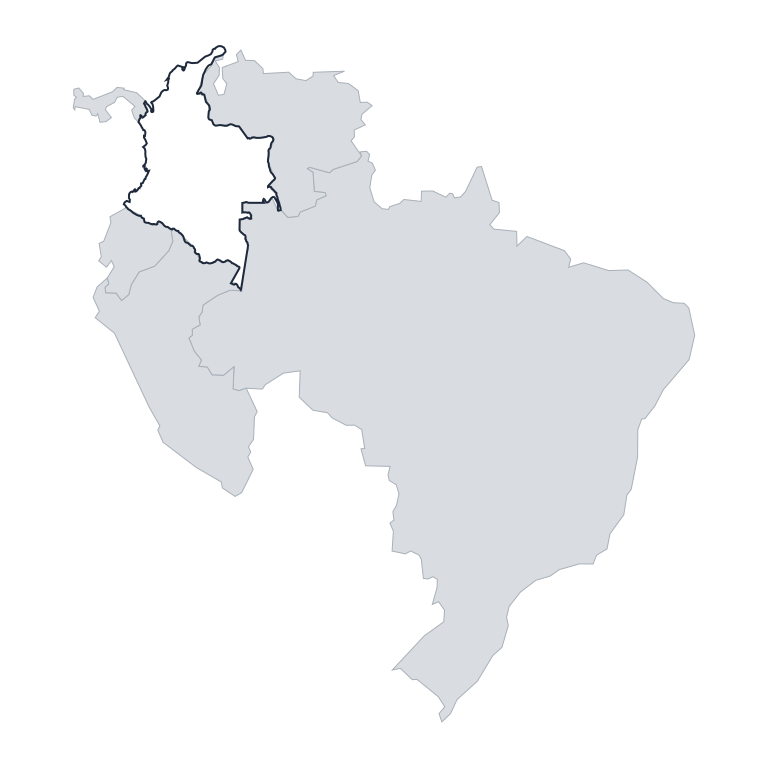 Colombia and the surrounding countries
{"feature_id": "COL", "entity_name": "Colombia", "entity_type": "country or territory", "adm_level": 0, "iso_a3": "COL", "parent_name": "South America", "parent_adm1": "", "projection": "robinson", "projection_center": [-72.763, 4.099], "detail": "fine", "context": "with_neighbors", "style": "outline", "palette": "slate", "viewbox_px": 768, "rotation_deg": 0, "n_neighbors": 5, "source": "natural_earth", "source_scale": "50m", "svg_char_len": 10749}
<svg xmlns="http://www.w3.org/2000/svg" viewBox="0 0 768 768"><path d="M441.9,721.9L439.0,713.6L444.8,706.7L438.3,696.7L416.9,679.3L412.3,679.7L400.4,668.4L392.3,670.0L424.3,635.8L443.8,621.8L444.5,610.1L438.6,601.7L432.3,604.5L437.1,587.4L437.3,579.3L432.9,576.7L428.1,579.0L423.4,578.4L421.3,559.4L419.0,555.0L410.6,551.0L405.4,553.9L392.1,551.1L393.4,531.2L389.9,523.1L393.9,520.1L392.9,511.7L396.5,505.3L399.0,493.8L396.2,484.7L389.3,480.6L388.0,474.8L390.1,466.4L365.6,465.8L361.0,448.8L364.7,448.5L361.7,429.5L354.3,425.1L346.3,425.3L332.4,418.1L327.4,412.7L313.0,410.3L299.2,397.2L300.2,370.8L283.3,373.2L265.3,384.7L262.4,389.1L246.2,388.2L239.0,390.7L233.1,389.0L234.0,366.8L223.5,375.4L212.1,375.0L207.3,367.2L198.7,366.4L201.4,360.1L194.3,351.2L188.9,338.0L192.3,335.3L192.3,329.2L200.1,324.9L198.8,317.0L202.1,311.9L203.0,305.1L217.8,295.2L230.1,290.2L241.7,290.8L247.9,244.4L245.8,236.0L240.1,230.7L240.2,220.0L247.4,217.6L250.0,219.2L250.5,213.5L242.9,212.0L242.7,202.9L267.9,203.2L272.2,198.2L278.3,211.4L280.7,209.6L287.8,217.4L297.9,216.4L300.4,211.9L315.3,206.1L316.8,199.9L326.0,195.8L325.3,192.7L314.3,191.4L313.0,172.4L307.2,168.6L309.7,167.3L329.5,172.8L333.2,169.4L356.9,161.6L361.6,156.0L359.9,151.9L366.6,151.3L369.6,154.6L368.0,161.0L372.4,163.3L375.4,170.1L371.8,175.2L369.8,187.7L374.1,201.8L382.1,208.7L388.4,209.4L389.8,206.6L399.7,203.4L403.9,199.5L421.2,201.4L421.5,191.2L432.8,191.0L445.8,197.2L449.8,193.2L452.7,193.8L454.5,197.9L460.7,196.9L465.6,191.3L477.1,167.2L481.5,166.5L492.1,200.2L499.0,202.6L499.4,212.7L489.8,224.7L493.8,229.1L516.6,231.4L517.0,246.1L526.9,236.5L564.5,250.7L570.7,259.2L568.6,267.3L583.6,262.8L608.7,270.6L628.0,270.0L646.9,282.1L663.3,298.5L673.2,302.7L684.2,303.3L688.8,307.9L694.7,335.4L689.1,359.6L663.5,389.5L654.8,406.0L644.9,418.7L641.7,419.0L637.8,429.7L637.6,457.1L631.2,489.3L626.9,495.1L623.8,514.7L610.0,533.8L607.0,548.9L596.5,555.2L593.1,564.0L579.4,563.9L559.3,569.6L550.1,576.1L535.8,580.3L520.5,592.0L509.1,606.5L506.6,617.4L508.3,625.5L501.9,647.4L492.8,655.5L477.4,681.2L457.0,699.6L450.5,713.6L441.9,721.9Z" fill="#d9dde1" stroke="#a8b0b8" stroke-width="1"/><path d="M241.7,290.8L230.1,290.2L217.8,295.2L203.0,305.1L202.1,311.9L198.8,317.0L200.1,324.9L192.3,329.2L192.3,335.3L188.9,338.0L194.3,351.2L201.4,360.1L198.7,366.4L207.3,367.2L212.1,375.0L223.5,375.4L234.0,366.8L233.1,389.0L239.0,390.7L246.2,388.2L257.2,411.7L254.5,416.7L253.5,439.4L248.5,446.7L250.7,452.1L247.8,457.0L253.2,469.3L241.7,492.6L235.1,496.4L222.4,488.0L221.3,482.0L196.0,467.3L163.1,442.3L157.8,430.2L159.9,426.0L149.0,406.8L114.5,333.2L95.2,317.7L99.4,311.2L93.1,297.3L97.1,287.0L107.4,277.8L108.9,283.9L105.2,287.3L105.6,292.7L116.1,293.1L121.6,300.5L128.8,294.5L131.3,284.6L139.2,271.9L154.7,266.1L168.7,250.8L172.8,241.3L171.0,230.2L174.4,228.8L193.1,246.4L200.7,261.7L210.3,263.6L217.4,259.7L222.1,262.2L229.9,261.0L239.7,267.8L231.4,282.7L235.3,283.1L241.7,290.8Z" fill="#d9dde1" stroke="#a8b0b8" stroke-width="1"/><path d="M145.6,101.1L144.0,103.3L147.0,111.9L144.5,116.2L140.4,115.2L138.7,122.3L134.4,118.1L131.7,110.2L134.9,106.3L122.9,96.4L117.2,97.3L114.6,102.4L106.6,106.6L105.3,109.6L111.4,117.6L106.0,121.6L100.0,122.3L97.8,113.6L96.1,116.1L91.9,115.2L89.3,109.4L75.2,106.7L74.8,109.9L73.3,107.7L74.6,99.1L76.5,97.4L73.9,95.2L73.8,89.3L78.8,88.0L83.4,93.3L83.1,96.4L89.5,95.8L93.0,99.4L112.7,91.7L117.1,87.4L124.2,88.2L123.7,89.7L136.6,92.7L145.6,101.1Z" fill="#d9dde1" stroke="#a8b0b8" stroke-width="1"/><path d="M351.1,140.8L361.6,156.0L356.9,161.6L333.2,169.4L329.5,172.8L309.7,167.3L307.2,168.6L313.0,172.4L314.3,191.4L325.3,192.7L326.0,195.8L316.8,199.9L315.3,206.1L300.4,211.9L297.9,216.4L287.8,217.4L280.7,209.6L276.8,195.0L268.6,186.7L275.2,179.4L268.4,162.1L269.4,151.6L274.6,138.8L270.0,136.3L248.2,138.7L239.1,126.2L231.6,124.3L215.0,125.7L212.0,120.6L208.8,119.4L208.8,105.0L204.3,95.1L197.7,94.1L202.9,75.1L211.6,65.5L214.8,58.2L223.1,55.7L222.7,59.2L215.2,60.9L219.4,67.5L219.2,75.2L213.5,83.7L218.4,95.3L224.0,94.3L226.8,83.7L222.8,78.6L222.2,67.5L238.2,61.6L236.4,54.7L240.9,50.1L245.5,60.3L254.5,60.6L262.9,68.7L263.4,73.6L288.7,72.2L296.1,78.8L305.9,80.6L313.1,76.0L313.2,72.3L344.5,71.2L333.7,75.5L338.1,82.4L348.4,83.5L358.2,90.7L360.3,102.5L367.1,102.1L372.1,105.6L362.0,114.2L360.9,119.5L365.3,124.9L354.2,130.0L354.5,136.8L351.1,140.8Z" fill="#d9dde1" stroke="#a8b0b8" stroke-width="1"/><path d="M171.0,230.2L172.8,241.3L168.7,250.8L154.7,266.1L139.2,271.9L131.3,284.6L128.8,294.5L121.6,300.5L116.1,293.1L105.6,292.7L105.2,287.3L108.9,283.9L107.4,277.8L114.2,266.8L111.4,260.5L106.5,267.2L98.7,260.8L101.3,256.7L99.1,243.4L103.7,241.2L110.9,222.7L110.0,216.7L126.0,207.8L141.3,215.9L144.4,222.2L155.4,224.2L159.1,221.9L171.0,230.2Z" fill="#d9dde1" stroke="#a8b0b8" stroke-width="1"/><path d="M223.2,54.5L220.4,55.7L215.0,57.3L214.3,58.3L211.3,64.2L208.8,65.4L207.8,66.3L205.6,69.5L205.0,71.1L203.3,74.5L202.4,78.8L201.5,84.8L200.8,86.5L198.7,89.8L197.0,93.0L196.9,93.5L197.3,93.9L199.1,93.5L200.9,92.5L201.5,92.8L202.1,94.3L202.9,94.5L203.5,94.3L204.3,94.7L205.9,101.8L209.1,105.4L209.5,106.7L209.9,109.7L208.8,111.4L208.3,116.6L208.4,117.9L208.8,118.9L209.4,119.5L211.8,120.2L213.4,124.2L214.4,125.1L215.9,125.7L219.4,125.1L221.5,125.2L224.6,125.8L225.7,125.8L227.2,125.7L229.8,124.4L230.8,124.3L231.8,124.4L233.4,125.0L235.3,126.0L236.9,126.3L238.6,126.3L239.1,126.5L247.7,138.4L248.6,138.0L249.2,138.2L249.7,138.7L250.7,138.5L252.0,137.5L254.0,137.3L256.6,137.9L260.0,137.9L264.2,137.3L266.9,136.7L267.9,136.0L269.6,136.0L271.7,136.7L272.8,137.6L273.3,139.8L272.9,141.2L271.6,142.6L270.9,144.5L270.7,146.7L270.1,148.3L268.9,149.3L268.4,150.9L268.7,152.9L268.5,155.8L268.0,159.7L268.0,162.0L268.5,162.8L268.8,163.9L268.8,165.3L269.0,166.6L269.6,168.2L270.5,171.4L271.3,172.8L272.6,174.0L275.1,178.0L274.7,179.1L274.5,179.4L272.4,181.3L268.3,185.7L268.0,186.2L268.0,187.1L269.2,186.5L271.1,187.1L271.4,187.5L271.8,188.6L272.8,189.3L274.0,190.5L275.1,191.8L276.4,193.0L276.5,193.8L276.3,194.7L277.0,196.6L277.4,197.2L277.6,198.0L277.4,198.7L277.9,199.6L279.3,203.4L279.4,204.6L279.7,205.1L280.0,206.6L280.6,208.1L280.5,209.1L280.7,210.1L278.3,210.7L278.1,210.6L277.9,210.3L277.9,204.3L277.6,203.0L274.6,197.5L273.9,197.0L273.2,196.9L272.7,197.1L271.9,197.6L271.2,198.2L268.6,201.8L267.8,202.2L267.0,202.4L266.3,202.3L265.8,201.8L264.5,199.4L263.7,198.9L263.4,199.3L262.9,201.0L263.9,202.8L249.2,202.8L248.2,202.7L247.2,202.3L246.3,202.0L245.8,202.1L244.9,202.5L243.7,202.6L242.9,203.0L242.3,203.0L242.3,212.5L243.0,212.2L243.6,212.2L244.0,212.5L245.3,212.3L247.2,212.5L247.6,212.8L248.1,212.7L248.6,212.4L249.3,212.6L249.9,213.1L250.8,214.8L251.2,215.3L251.1,216.9L251.0,217.5L251.3,218.3L251.3,218.6L251.0,218.7L249.6,218.8L249.3,218.4L248.7,218.4L248.2,218.2L247.9,217.8L247.2,217.3L246.5,217.5L245.0,218.3L244.6,218.2L244.0,218.5L242.9,219.1L239.7,219.5L239.5,230.0L239.8,230.8L241.4,232.6L242.6,233.5L243.6,234.6L244.7,235.0L245.1,235.4L245.4,236.1L245.6,237.3L245.3,238.5L245.4,239.1L245.8,239.6L246.3,241.4L247.5,242.6L247.5,243.9L248.0,244.8L248.1,245.4L247.9,246.2L247.7,248.8L247.1,251.7L241.0,289.4L240.8,289.9L240.1,288.8L239.1,287.8L238.2,287.2L237.2,284.8L236.0,283.8L235.4,283.8L234.9,284.3L234.1,284.6L233.5,284.5L230.9,283.3L239.4,268.2L239.5,267.5L239.1,266.8L237.2,266.1L236.6,265.3L235.7,265.0L235.0,264.4L233.7,263.8L232.9,263.3L232.0,263.2L231.3,262.2L228.5,260.4L227.9,260.2L226.0,260.8L224.9,261.8L223.6,262.1L222.3,262.1L221.7,261.5L221.0,261.3L220.2,260.5L217.7,259.5L217.1,259.7L214.7,262.0L213.8,262.0L212.8,262.8L211.7,263.1L209.4,263.5L206.5,262.4L205.3,263.0L204.1,263.2L203.1,263.2L202.4,263.0L201.8,262.2L199.6,261.3L199.4,260.3L200.0,258.4L199.1,254.7L198.7,254.1L198.2,253.9L197.1,254.1L195.9,253.4L195.2,252.7L194.8,251.9L195.2,250.4L194.9,249.2L194.2,248.5L193.7,247.2L193.0,246.2L192.1,245.7L191.2,245.8L190.5,245.5L189.6,244.4L188.9,244.0L188.0,243.0L186.4,242.6L185.5,242.2L184.4,240.4L184.5,239.8L184.1,239.2L183.3,236.5L182.7,235.5L180.7,233.4L178.9,232.3L178.3,230.9L177.2,230.9L176.5,230.7L175.7,230.2L174.0,228.7L172.9,228.6L172.1,229.5L169.8,228.5L167.8,227.0L165.7,226.7L164.4,225.8L162.5,223.4L162.0,222.9L159.4,221.5L158.8,221.4L157.8,222.0L157.5,222.4L157.3,224.1L156.5,224.5L155.1,224.4L154.1,224.0L153.4,224.0L153.3,224.3L152.9,224.4L152.1,224.3L149.9,223.6L148.5,222.8L147.8,222.9L146.2,222.7L144.8,222.2L144.5,221.8L143.9,218.7L143.7,218.4L142.2,217.9L141.6,217.4L140.9,215.7L139.2,215.9L136.5,214.8L133.0,212.7L130.4,210.4L128.2,209.2L127.5,208.1L125.9,206.7L125.6,205.7L123.8,204.2L124.7,202.3L126.8,200.9L129.6,202.0L129.9,199.8L128.9,197.9L129.1,194.2L129.4,193.5L130.2,192.5L131.1,191.8L131.7,191.6L132.6,192.0L133.2,191.2L135.5,191.6L136.2,191.3L137.2,190.4L137.9,189.5L138.3,188.5L138.7,188.1L139.5,188.2L139.5,187.8L139.9,187.2L141.3,185.9L141.3,185.3L140.9,184.0L141.0,183.5L142.8,183.0L144.6,179.1L145.4,179.0L145.8,177.1L146.9,175.5L149.0,170.7L148.4,170.8L147.8,171.5L147.3,171.4L146.6,171.0L146.8,168.9L146.4,168.6L145.4,170.3L144.5,168.6L144.4,167.5L144.8,166.5L144.7,165.8L143.3,166.3L143.3,165.7L144.2,165.1L144.7,164.4L145.4,163.6L145.8,162.5L146.3,158.9L146.0,158.0L145.6,157.2L145.3,153.7L145.4,151.7L145.2,150.1L144.8,148.7L143.1,147.0L145.8,144.9L146.8,143.4L145.6,140.3L144.0,137.6L144.0,136.0L144.4,136.2L144.9,136.2L145.4,132.8L145.3,131.8L144.4,130.1L143.3,130.1L142.3,128.0L141.8,127.5L141.3,126.2L139.7,123.6L138.5,122.2L139.4,119.1L140.2,118.5L140.5,117.7L140.2,115.8L140.3,115.4L140.5,115.2L141.0,115.5L141.6,116.3L142.1,117.3L142.5,117.6L143.2,117.3L145.6,115.2L145.4,114.6L145.7,113.3L146.5,112.3L147.3,111.9L147.6,111.3L147.4,110.4L146.5,108.2L145.7,107.0L145.2,105.8L144.9,104.7L144.0,103.7L144.4,102.7L145.1,101.5L145.3,101.3L145.7,101.6L146.8,103.7L148.5,105.1L150.2,107.3L150.9,108.8L151.5,109.1L152.0,109.6L151.8,110.0L151.2,110.5L151.1,111.3L151.4,111.8L151.8,112.1L152.9,111.9L153.4,110.9L153.1,106.4L152.5,104.1L151.8,103.4L151.2,102.6L151.6,101.9L152.7,101.6L154.1,100.8L159.5,96.5L161.3,92.4L162.7,91.0L164.3,90.0L166.2,90.2L167.7,89.7L168.1,88.4L167.7,86.7L167.2,85.6L167.7,84.1L168.3,81.8L168.2,79.8L169.0,78.7L168.7,78.2L167.7,79.2L166.8,79.6L168.8,76.9L169.6,74.0L170.2,72.8L172.3,71.1L172.7,70.2L174.4,69.0L176.9,66.2L177.9,65.5L183.0,67.2L184.5,67.1L184.3,67.4L183.5,67.5L182.5,68.0L182.2,69.1L182.9,70.2L183.6,70.5L184.3,69.8L184.9,67.8L186.0,65.5L186.2,63.2L187.0,62.4L188.0,62.1L191.4,63.0L192.9,63.1L197.6,62.7L205.2,56.6L208.7,55.3L210.9,54.1L212.4,51.6L212.7,49.7L213.8,48.9L214.9,48.9L215.4,48.5L215.5,47.9L218.1,46.3L219.6,46.1L221.0,46.1L223.9,47.5L225.3,50.0L225.5,51.8L223.7,53.6L223.2,54.5ZM135.6,190.8L135.2,191.1L134.6,190.5L134.3,189.8L134.8,189.3L135.3,189.4L135.5,189.9L135.6,190.8Z" fill="none" stroke="#1e293b" stroke-width="2"/></svg>